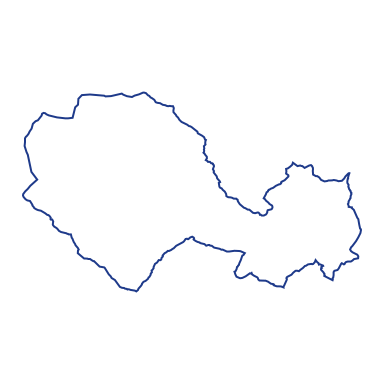 outline of Zarnesti, Brasov, Romania
{"feature_id": "2599482B21049619032220", "entity_name": "Zarnesti", "entity_type": "district", "adm_level": 2, "iso_a3": "ROU", "parent_name": "Romania", "parent_adm1": "Brasov", "projection": "equal_earth", "projection_center": [25.28, 45.588], "detail": "fine", "context": "isolated", "style": "outline", "palette": "blue", "viewbox_px": 384, "rotation_deg": 0, "n_neighbors": 0, "source": "geoboundaries", "source_scale": "gbopen_adm2", "svg_char_len": 6010}
<svg xmlns="http://www.w3.org/2000/svg" viewBox="0 0 384 384"><path d="M145.6,280.9L148.1,278.7L148.5,277.5L149.4,276.9L150.7,274.7L150.6,274.0L150.9,273.4L151.9,272.3L151.6,270.5L152.5,269.8L153.6,268.2L153.6,267.0L155.0,263.9L157.1,262.5L158.7,260.1L160.3,260.2L161.2,259.6L161.6,257.8L162.7,256.7L162.9,256.1L162.6,255.7L162.7,255.4L164.6,253.2L166.3,252.3L167.8,250.9L168.9,251.0L171.1,250.0L172.7,248.8L173.6,248.4L176.2,245.8L183.1,242.1L184.0,241.3L185.6,239.0L187.0,238.7L187.6,239.1L188.4,239.1L190.3,237.4L192.2,236.7L193.6,237.5L194.1,238.2L193.6,239.5L193.8,239.7L195.7,241.0L197.5,241.9L199.7,242.5L200.2,243.1L204.5,244.1L206.2,245.7L208.3,245.0L209.4,245.0L210.1,245.6L211.8,245.8L214.1,247.6L219.7,248.8L221.4,249.7L222.6,249.6L226.8,251.5L229.4,251.5L234.4,250.8L239.1,251.0L240.5,251.2L244.8,253.1L243.4,255.1L242.3,255.6L240.8,260.1L239.4,263.1L239.0,264.4L239.0,264.8L238.1,265.6L237.8,266.5L237.0,267.0L236.6,269.1L235.4,271.4L234.5,271.7L235.4,274.5L236.5,276.7L239.7,278.1L240.5,278.2L242.4,277.9L245.7,276.3L249.9,273.3L250.9,273.6L251.6,273.0L252.1,274.4L254.0,275.7L257.2,277.3L257.8,278.0L258.3,279.5L259.4,280.5L265.6,280.7L268.1,281.7L270.9,283.7L273.3,284.1L273.7,284.5L273.6,284.8L273.3,284.7L273.4,284.9L273.8,285.2L274.1,284.9L274.5,285.5L275.1,285.8L276.8,286.3L280.9,286.4L283.5,287.4L283.4,286.6L284.0,285.9L286.7,279.9L286.9,279.0L286.4,278.2L286.7,277.4L287.4,276.8L291.5,274.7L293.2,272.7L295.5,270.8L297.0,270.7L298.9,271.2L300.4,269.8L302.9,268.0L304.9,266.0L306.1,265.7L308.0,264.4L311.4,263.9L312.1,264.2L313.1,264.0L314.8,262.2L315.6,260.1L317.1,262.0L318.1,262.9L318.4,263.0L318.9,264.6L319.9,264.3L323.1,265.6L323.2,265.9L322.5,266.1L321.3,267.0L321.3,267.8L321.7,268.1L321.1,268.6L321.0,269.3L321.1,269.8L323.7,272.6L323.9,273.3L324.5,273.9L324.3,274.7L324.3,275.1L324.7,275.4L324.4,276.0L332.6,280.2L332.8,279.5L332.6,278.3L333.2,277.5L333.6,275.1L333.6,272.1L334.4,270.8L337.5,270.0L338.7,268.5L341.1,263.9L341.8,263.2L343.9,264.4L344.6,264.0L345.2,262.8L346.1,262.0L347.9,261.5L350.9,261.5L352.5,260.5L354.0,259.1L358.1,258.3L358.3,256.3L357.3,254.7L352.7,252.4L351.0,251.1L350.1,249.5L351.1,247.3L352.3,246.1L356.0,241.2L358.2,237.5L360.4,233.1L361.0,229.9L360.7,229.0L360.1,228.6L359.2,224.4L358.3,219.1L357.3,217.8L353.8,209.8L351.8,208.1L351.9,207.4L348.7,206.9L348.7,205.9L347.9,204.0L348.5,203.0L348.6,201.4L349.9,199.2L350.1,198.5L350.5,198.2L350.7,195.8L351.4,194.2L351.1,193.2L351.4,192.9L350.7,191.9L350.6,191.0L349.9,190.5L349.9,189.9L349.0,188.9L348.7,187.3L348.3,186.8L348.6,184.9L347.4,183.0L347.3,181.8L347.5,179.9L348.0,178.7L347.8,178.6L348.7,175.1L349.4,173.2L349.1,173.1L348.2,173.6L345.4,176.5L344.2,178.5L341.9,180.8L338.5,181.2L336.6,180.5L333.8,180.0L332.0,180.4L328.4,180.5L327.2,181.0L324.5,181.4L321.1,179.9L319.3,177.5L317.2,176.1L315.8,176.1L313.1,174.6L312.8,170.9L313.0,169.0L312.8,167.5L312.1,166.5L312.1,166.1L311.0,165.1L309.2,165.5L304.6,167.9L302.4,166.1L301.4,166.0L300.2,165.5L297.5,166.1L292.9,162.7L292.2,164.8L290.1,166.7L287.8,168.4L286.1,168.9L286.4,171.3L286.1,173.6L288.3,175.2L288.5,176.1L288.3,176.6L284.7,180.2L281.5,181.8L281.1,182.3L281.3,182.8L281.0,183.5L279.8,184.3L279.1,184.3L275.9,185.8L273.2,187.8L270.6,188.8L269.3,189.8L268.7,189.8L268.0,190.8L267.9,191.5L266.6,192.3L265.8,194.5L263.7,198.3L265.2,199.4L265.8,200.5L268.5,202.7L269.4,203.9L272.1,205.6L272.5,207.0L272.4,207.8L271.7,209.1L271.1,209.4L267.7,210.2L267.3,211.3L267.2,212.6L266.1,214.4L263.9,215.5L261.7,215.5L260.9,214.8L259.9,214.8L259.6,213.7L258.5,212.6L257.5,212.5L255.1,213.2L253.0,212.8L249.4,209.7L247.7,209.6L245.4,208.2L243.9,207.7L239.8,204.2L237.9,201.3L237.6,199.7L236.8,199.3L236.4,198.7L233.6,198.6L232.2,197.8L230.7,197.4L228.2,197.2L226.4,196.2L226.1,193.9L224.8,191.6L222.7,189.8L221.7,188.4L220.1,187.7L219.4,186.7L218.8,182.8L220.1,182.1L219.7,181.2L217.2,178.4L216.7,176.3L213.7,172.5L213.7,171.8L214.0,171.1L212.9,169.2L214.0,166.2L213.8,165.1L212.9,164.4L212.9,163.9L212.7,163.9L212.3,163.3L211.1,163.2L210.0,161.9L208.0,161.9L207.4,161.0L205.8,160.1L206.9,158.3L206.8,156.7L205.0,154.5L204.6,153.6L204.0,153.3L203.5,152.7L203.9,152.2L204.2,150.8L203.9,149.4L204.3,148.5L203.9,146.2L205.5,144.5L205.2,143.2L205.4,141.3L205.9,140.0L205.1,139.7L204.1,137.2L202.1,135.7L197.8,133.3L197.4,131.7L191.5,127.0L190.2,126.3L189.0,126.1L187.2,124.7L181.5,121.9L179.3,119.7L178.1,117.6L176.4,116.0L176.0,115.0L173.5,112.2L173.4,110.6L173.8,108.1L173.0,106.2L171.2,106.2L169.8,105.9L168.1,106.2L166.3,105.8L165.7,105.3L162.8,104.8L160.1,103.2L157.3,102.8L155.7,102.2L154.3,99.8L151.9,98.1L150.5,97.4L149.3,95.9L148.0,95.3L145.9,93.1L144.1,92.6L143.1,92.6L138.9,94.4L134.6,95.6L132.0,97.0L127.0,96.2L123.3,94.7L121.8,93.6L111.0,96.1L105.5,96.4L104.2,95.7L89.9,94.5L81.9,95.1L78.4,98.8L78.0,104.7L75.2,107.3L72.6,117.8L68.3,118.3L65.0,118.3L57.0,117.4L48.8,115.4L46.4,114.3L45.3,113.3L43.6,112.9L42.1,113.7L41.6,115.6L37.9,120.3L35.6,121.2L32.9,123.8L31.6,128.6L29.6,131.5L28.6,133.7L27.1,135.7L25.8,136.9L25.0,138.3L25.0,142.1L24.6,146.0L26.5,152.0L27.8,154.8L31.4,171.9L37.2,179.6L30.3,185.8L27.7,189.0L25.2,191.4L23.2,194.1L23.0,195.5L23.6,197.0L25.6,199.3L27.3,200.4L30.0,201.0L32.4,204.8L32.4,205.5L33.9,207.3L34.1,207.9L34.6,208.3L36.4,209.4L38.1,210.1L40.9,210.7L45.1,213.2L47.3,214.9L48.5,215.1L49.6,216.1L50.7,217.6L50.5,219.2L50.7,219.5L52.2,219.5L53.2,221.4L52.8,224.5L53.0,225.1L54.2,226.6L56.5,228.0L57.7,229.2L58.9,230.8L61.0,232.0L66.4,233.3L67.4,233.9L68.0,233.9L68.7,234.4L70.9,234.4L71.7,237.7L72.4,238.6L73.7,241.9L75.2,244.2L75.5,245.2L77.9,248.0L78.7,249.6L78.0,250.4L77.8,253.2L84.1,258.5L87.2,258.6L88.2,259.0L90.0,259.0L92.5,260.7L93.5,261.2L94.0,261.1L99.6,266.6L104.2,267.4L104.7,267.8L108.8,274.4L110.7,276.3L111.6,278.0L114.9,280.0L119.9,286.9L122.0,287.8L124.1,288.0L124.9,288.6L126.7,288.9L127.3,289.4L127.5,289.2L129.2,289.4L130.5,289.9L134.8,290.6L136.3,291.4L138.0,290.0L138.5,288.6L140.7,286.2L141.9,284.5L142.0,283.7L143.5,281.8L145.6,280.9Z" fill="none" stroke="#1e3a8a" stroke-width="2"/></svg>